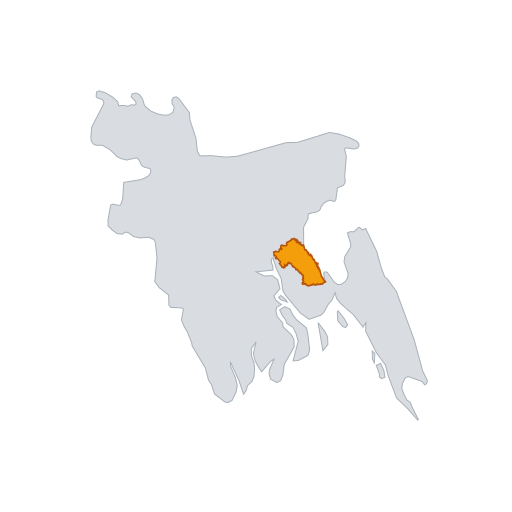 location of Comilla, Chittagong, Bangladesh, rotated 346°
{"feature_id": "16705992B59490572634285", "entity_name": "Comilla", "entity_type": "district", "adm_level": 2, "iso_a3": "BGD", "parent_name": "Bangladesh", "parent_adm1": "Chittagong", "projection": "robinson", "projection_center": [90.953, 23.422], "detail": "fine", "context": "in_parent", "style": "filled", "palette": "amber", "viewbox_px": 512, "rotation_deg": 346, "n_neighbors": 0, "source": "geoboundaries", "source_scale": "gbopen_adm2", "svg_char_len": 9408}
<svg xmlns="http://www.w3.org/2000/svg" viewBox="0 0 512 512"><g transform="rotate(346 256 256)"><path d="M179.9,364.9L179.8,352.4L172.3,327.9L172.6,325.2L171.1,313.4L169.2,306.9L168.2,299.9L172.8,289.9L171.0,288.3L160.8,285.2L159.6,282.6L161.8,272.8L154.5,263.4L151.6,256.5L159.5,233.9L161.6,218.3L161.0,215.3L156.2,211.8L147.7,210.4L141.8,207.4L138.3,203.0L135.3,201.2L131.6,202.5L126.9,200.8L123.0,196.4L119.8,191.1L121.1,185.2L127.3,171.4L129.6,171.0L135.0,173.6L137.0,173.7L140.5,168.2L145.5,152.6L162.7,154.0L166.8,153.5L171.1,152.2L173.4,150.3L174.7,147.8L174.3,145.6L169.0,142.7L167.0,140.5L165.6,134.3L164.0,131.9L153.7,131.6L148.4,128.7L145.4,126.2L140.2,117.7L133.8,111.4L127.6,109.9L125.2,107.9L123.9,104.6L124.7,100.0L127.9,91.0L145.0,71.6L145.5,69.5L144.8,67.0L139.9,63.9L139.5,62.4L141.0,58.3L143.8,57.8L149.7,61.5L155.6,67.4L159.1,72.8L159.2,77.0L163.9,77.8L167.8,79.7L171.8,79.1L174.4,80.2L176.1,79.8L176.8,77.4L173.4,71.3L175.1,68.7L179.0,68.8L181.8,71.1L183.9,75.8L184.2,83.1L188.8,89.7L194.8,94.4L199.5,96.6L205.2,98.1L210.1,96.6L212.6,92.0L211.5,87.9L212.2,84.2L214.2,82.2L217.3,82.3L219.5,85.2L226.1,101.0L224.8,108.0L226.2,127.1L224.5,139.8L225.5,144.6L226.6,145.5L236.7,147.8L251.2,152.9L262.3,154.7L312.6,153.3L323.6,155.8L357.2,153.9L366.3,157.9L376.3,164.5L381.9,169.4L382.9,172.2L382.3,174.6L380.4,175.9L377.0,175.9L369.1,172.7L367.8,173.7L367.7,181.3L361.3,200.3L360.4,206.1L358.1,208.5L351.5,209.7L347.1,220.7L345.3,222.1L341.0,219.7L338.2,220.1L334.8,221.1L331.4,223.6L329.1,226.8L326.4,227.9L317.0,227.7L315.2,232.8L309.1,239.6L304.8,257.4L305.1,262.9L310.4,277.1L314.0,295.5L315.4,297.4L317.2,297.6L317.3,289.1L319.0,288.0L321.2,289.0L325.6,300.4L328.1,303.3L332.0,304.1L336.5,302.4L339.8,299.0L341.1,295.4L340.0,283.0L342.1,277.9L349.7,270.4L350.8,268.1L350.3,255.7L353.2,255.2L357.0,256.2L361.9,253.3L363.4,253.2L365.5,256.4L369.0,255.8L374.2,280.5L374.7,297.9L375.9,307.6L377.8,309.8L383.6,324.3L389.2,375.4L389.9,407.8L392.2,418.8L390.3,421.3L388.5,421.8L386.7,417.9L374.3,409.7L371.3,410.5L367.1,415.3L365.4,419.7L366.1,426.0L367.5,432.1L370.5,435.6L370.7,439.5L374.0,454.1L373.1,454.2L366.3,440.9L358.1,427.9L355.3,404.4L355.2,392.9L349.5,379.3L344.2,355.6L346.5,347.2L342.6,350.9L336.4,336.7L326.7,322.7L323.9,316.6L323.8,310.6L319.6,316.6L313.9,320.9L308.2,327.2L304.3,329.2L292.1,330.3L285.1,321.8L275.0,300.9L273.7,296.2L275.0,284.0L272.6,272.4L272.0,262.1L270.1,263.1L269.4,265.9L269.8,270.2L269.1,273.8L252.2,271.4L259.4,277.5L267.1,279.0L271.2,284.4L271.4,293.5L263.8,299.0L264.4,303.6L268.9,309.2L263.5,310.8L262.0,314.5L261.9,319.7L265.7,327.7L265.0,330.9L271.4,341.4L272.6,346.4L271.0,353.5L257.2,368.0L253.2,378.2L249.7,382.9L245.5,383.8L240.3,379.0L240.2,374.0L241.3,370.1L248.5,360.5L244.6,361.8L233.4,369.7L231.2,363.3L229.8,357.4L229.8,350.1L235.3,339.3L229.1,344.7L227.4,351.5L228.2,359.4L227.4,365.0L224.9,372.4L221.7,376.8L216.4,379.7L214.0,384.0L210.5,387.2L209.3,372.4L205.5,352.4L204.7,356.7L206.6,369.1L206.5,377.1L203.6,383.5L197.7,390.4L193.3,391.4L190.7,390.3L182.4,380.0L181.7,370.2L179.9,364.9ZM282.2,365.1L271.9,367.6L266.6,366.8L276.4,348.8L276.1,340.8L274.6,334.2L269.6,328.9L269.3,325.2L267.1,320.0L265.9,314.0L271.5,312.1L276.0,315.5L277.6,322.3L279.8,327.5L287.6,338.0L287.4,344.5L285.3,360.3L282.2,365.1ZM304.3,359.3L298.0,364.1L300.1,335.6L304.7,346.2L305.9,351.9L304.3,359.3ZM328.3,345.1L325.6,347.1L323.0,345.3L319.7,338.7L321.3,330.2L322.4,329.0L326.3,337.6L328.3,345.1ZM351.7,405.0L348.1,405.3L346.4,403.3L347.2,400.5L346.2,391.2L350.8,390.3L352.4,398.0L351.7,405.0ZM347.7,379.3L345.0,388.4L344.0,384.3L345.8,376.3L347.7,379.3ZM274.2,305.2L275.2,308.2L269.5,304.4L267.9,301.7L270.5,300.3L274.2,305.2Z" fill="#d9dde1" stroke="#a8b0b8" stroke-width="1"/><path d="M280.1,255.2L279.6,257.0L279.4,257.1L278.9,257.3L278.1,257.3L277.5,257.0L276.2,256.1L275.9,256.1L275.7,256.2L275.6,256.5L275.2,256.6L274.1,256.4L274.0,256.8L274.0,258.2L273.5,260.1L274.1,260.4L274.9,260.2L275.7,262.1L275.7,262.3L274.9,262.2L274.5,262.3L274.4,262.5L274.5,263.2L274.8,263.4L275.8,263.5L276.9,264.5L277.0,265.2L277.7,266.7L278.3,267.3L278.3,267.8L278.1,268.2L276.9,268.9L277.2,269.5L277.5,270.5L278.2,271.5L278.3,272.9L278.5,272.9L278.9,273.3L279.3,273.4L279.4,273.8L279.6,274.2L279.8,274.2L279.6,273.6L279.8,273.4L280.6,273.7L280.7,274.2L281.0,274.2L281.0,273.8L281.2,273.7L281.3,273.5L281.2,273.3L281.5,273.3L281.8,272.7L281.8,271.9L282.0,272.2L282.2,272.4L282.3,272.3L282.5,272.3L282.5,272.5L283.1,272.6L282.8,272.7L282.7,272.9L283.2,273.0L283.5,272.5L283.5,272.0L283.8,272.0L284.1,272.3L284.2,272.0L284.6,272.0L284.6,271.8L284.6,271.5L284.6,271.0L284.9,270.8L285.5,270.9L285.5,270.5L286.0,270.4L285.8,270.2L286.0,270.1L286.1,270.3L286.4,270.4L286.4,270.6L286.6,270.8L286.6,271.2L286.9,271.2L287.2,271.7L287.7,271.6L287.9,271.7L288.1,271.5L288.2,271.9L288.4,272.2L288.4,272.7L288.9,274.7L289.4,274.7L289.3,275.6L289.6,275.7L289.9,275.6L290.0,275.7L290.0,275.9L290.1,276.1L290.5,276.1L290.6,276.3L291.2,276.9L291.3,277.5L291.2,277.8L291.4,278.3L291.4,278.9L292.0,279.0L292.3,279.2L292.5,278.8L292.8,278.8L292.9,279.4L292.8,279.9L292.9,280.0L293.2,280.6L293.6,280.6L293.8,280.8L293.9,281.3L293.9,282.1L294.2,282.4L294.2,283.0L294.4,283.1L294.5,282.8L295.0,282.6L295.1,283.0L295.3,283.3L295.4,283.8L295.5,283.9L295.6,284.3L295.9,284.2L296.0,284.6L296.0,285.0L296.2,285.7L296.8,285.7L296.9,286.1L296.7,286.1L296.7,286.6L297.1,287.0L296.9,287.7L296.6,288.0L296.3,288.1L296.3,288.4L296.1,288.6L296.2,289.3L296.3,289.3L296.4,289.1L296.5,289.3L295.8,289.5L295.8,289.8L296.0,289.9L295.4,290.2L295.4,290.4L295.7,290.7L295.6,291.0L295.8,291.2L295.7,291.4L295.8,291.6L295.7,292.1L295.9,292.0L296.1,292.2L295.9,292.5L296.0,292.6L295.9,292.8L295.2,293.1L294.7,293.0L294.3,293.3L294.2,293.6L294.5,293.9L294.4,294.6L295.2,294.5L295.5,294.9L296.2,294.7L296.2,294.9L296.6,294.9L296.5,295.1L296.7,295.4L297.0,295.4L297.1,295.0L297.5,294.8L297.9,296.5L298.1,296.6L298.4,297.0L299.0,297.1L299.2,297.4L299.5,297.3L300.1,297.4L300.1,297.8L301.9,297.7L302.1,297.5L302.7,297.6L302.8,297.4L303.0,297.6L303.3,297.4L303.6,297.6L303.7,297.3L304.2,297.1L304.3,297.2L304.8,296.9L305.1,297.1L305.3,297.6L305.3,297.9L305.4,298.0L305.6,297.8L305.9,298.1L306.1,298.1L306.2,298.5L306.3,298.6L306.6,298.6L306.8,298.5L307.1,298.5L307.2,298.4L307.4,298.4L307.5,298.1L308.1,298.1L308.2,298.6L308.5,298.6L308.5,298.3L308.7,298.1L308.8,298.3L309.3,298.2L309.4,298.4L309.3,298.7L311.0,299.0L311.3,298.9L311.4,299.0L311.6,298.9L311.6,298.7L311.8,298.6L312.0,298.7L312.0,298.9L312.3,298.9L312.3,299.1L312.7,299.1L313.0,299.3L313.6,299.3L314.0,299.3L314.1,298.8L314.7,298.4L314.9,298.2L315.1,298.3L315.6,298.0L316.0,298.1L317.2,298.1L317.3,298.0L315.9,295.7L315.9,294.5L315.6,294.6L315.6,293.9L315.3,293.7L315.1,292.2L314.5,291.8L314.6,291.1L314.5,286.4L314.2,286.2L314.2,285.9L314.6,285.7L314.7,285.4L314.2,285.3L313.7,283.7L314.0,283.5L314.1,283.4L313.2,283.1L313.1,282.6L313.5,282.1L314.0,282.3L313.9,281.7L313.7,281.2L312.9,281.2L312.5,280.8L312.9,279.3L313.4,279.1L313.7,279.2L313.7,278.5L313.8,278.4L314.2,278.5L314.3,278.0L314.0,277.9L313.2,278.6L312.6,278.6L312.8,277.9L312.3,277.8L312.2,277.2L312.7,277.2L312.8,277.0L312.6,276.8L312.4,276.9L312.2,276.8L311.9,276.9L311.7,274.3L310.9,273.6L311.4,273.2L310.5,272.4L310.5,272.0L310.2,271.6L310.3,271.3L310.3,271.0L310.2,270.8L310.3,269.7L310.1,269.1L309.3,269.2L309.4,268.7L309.2,268.7L309.3,268.3L308.6,268.6L308.2,268.4L308.6,267.4L307.6,267.6L307.2,267.0L307.7,265.4L307.9,265.3L307.9,264.9L307.8,265.1L307.6,265.3L307.3,265.0L307.1,265.2L306.8,265.2L306.9,264.1L306.4,263.4L306.4,263.1L305.7,262.5L305.9,262.1L305.3,262.1L305.0,261.9L305.0,261.5L304.8,260.8L304.9,260.6L304.7,260.0L304.7,259.6L304.9,259.4L304.7,258.7L304.9,257.8L304.6,256.8L304.4,256.6L304.1,256.8L303.7,256.8L303.8,257.0L303.7,257.1L303.3,257.1L303.1,256.9L302.9,256.9L303.0,256.7L302.5,256.5L302.5,256.4L302.7,256.5L302.9,256.0L302.8,255.9L302.6,256.1L302.5,255.9L302.5,255.6L302.4,255.9L302.4,255.4L302.3,255.2L302.3,254.9L302.3,255.0L302.2,254.9L302.2,255.1L301.9,255.1L301.6,255.0L301.9,254.7L301.8,254.4L301.7,254.6L301.4,254.4L301.5,254.3L301.8,254.2L301.5,254.1L301.4,254.3L301.2,254.2L301.3,254.0L301.7,253.9L301.8,253.6L301.0,253.8L301.1,253.5L301.1,253.4L300.5,253.6L300.4,253.2L300.2,253.3L300.1,253.1L300.4,253.0L300.4,252.6L300.2,252.8L300.1,252.6L300.1,252.9L300.0,253.0L299.7,252.7L300.0,252.2L299.8,252.4L299.6,252.4L299.5,252.6L299.4,252.5L299.3,252.4L299.5,252.3L299.6,251.9L299.4,252.0L299.2,252.2L299.3,251.5L299.2,251.5L299.0,251.8L298.8,251.6L299.2,250.8L298.7,251.1L298.7,250.9L298.9,250.5L298.6,250.4L298.4,250.7L298.6,250.2L298.1,250.4L297.9,250.4L297.9,250.1L298.2,250.1L298.3,249.8L298.1,249.3L297.9,249.6L297.7,249.5L297.6,249.1L297.8,249.0L297.8,248.9L297.4,248.2L297.0,248.2L295.6,248.7L295.4,248.3L295.1,248.2L295.3,248.7L293.7,249.1L293.4,249.0L293.0,249.3L292.9,249.6L292.4,249.7L292.2,249.5L290.3,250.3L290.2,250.1L289.5,250.1L289.4,250.6L289.0,250.6L288.9,250.8L288.6,251.1L288.7,252.2L288.5,252.7L288.5,252.9L287.7,253.4L287.5,253.1L286.9,253.1L286.5,252.8L285.7,253.0L285.2,252.8L285.1,252.4L284.5,252.4L284.2,252.2L284.0,251.7L283.5,251.5L283.3,251.8L283.2,251.8L282.8,252.2L282.3,252.4L282.4,252.9L282.1,253.7L282.1,254.2L282.5,254.4L282.8,255.0L282.8,255.4L282.6,255.7L282.1,255.9L281.8,255.7L281.6,255.5L281.5,254.9L281.3,254.8L281.2,254.8L280.9,255.0L280.1,255.2Z" fill="#f59e0b" stroke="#b45309" stroke-width="1.5"/></g></svg>